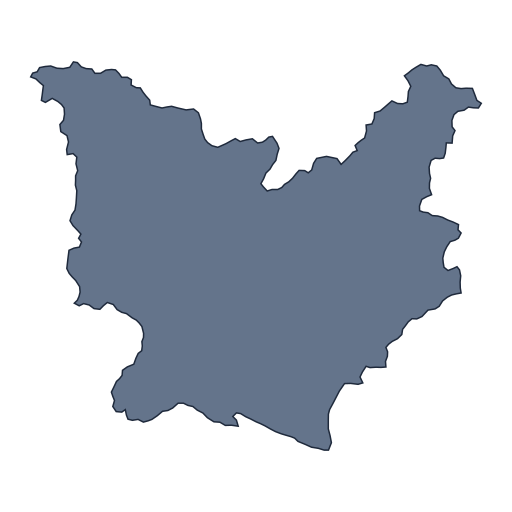 outline of Alfredo Chaves, Espírito Santo, Brazil
{"feature_id": "56859067B34972821288679", "entity_name": "Alfredo Chaves", "entity_type": "district", "adm_level": 2, "iso_a3": "BRA", "parent_name": "Brazil", "parent_adm1": "Espírito Santo", "projection": "orthographic", "projection_center": [-40.823, -20.568], "detail": "fine", "context": "isolated", "style": "filled", "palette": "slate", "viewbox_px": 512, "rotation_deg": 0, "n_neighbors": 0, "source": "geoboundaries", "source_scale": "gbopen_adm2", "svg_char_len": 4230}
<svg xmlns="http://www.w3.org/2000/svg" viewBox="0 0 512 512"><path d="M140.3,87.9L136.3,87.7L131.1,85.0L131.4,79.7L127.4,77.3L121.7,77.3L119.0,73.5L115.5,69.9L111.6,69.5L105.9,70.1L100.5,73.3L94.9,73.3L91.8,69.0L86.1,68.6L81.3,66.9L77.4,62.6L73.4,61.9L69.8,67.3L63.2,68.6L56.9,68.2L50.7,66.0L45.2,66.5L39.6,67.6L37.2,71.8L32.7,73.1L30.7,76.9L35.9,78.9L39.9,82.7L43.4,85.6L42.8,90.0L42.2,94.9L41.4,100.4L45.4,102.4L52.2,98.4L57.9,101.5L61.5,104.5L64.1,108.0L64.5,114.2L63.5,120.3L59.9,124.5L60.8,131.6L67.0,135.6L68.5,142.0L66.6,149.5L67.2,154.6L73.1,153.6L76.8,157.1L76.0,163.8L77.7,170.7L75.6,175.8L75.6,180.3L75.4,185.1L76.8,190.7L76.4,197.9L76.0,203.8L75.0,210.1L71.8,214.9L70.0,220.7L73.0,225.6L77.7,230.5L80.9,234.1L78.6,238.3L81.5,242.0L79.4,247.1L74.0,248.1L69.0,250.3L68.0,258.1L66.8,268.5L69.2,273.4L72.1,276.8L75.7,280.5L79.6,286.6L80.1,292.1L79.0,296.5L77.3,300.3L74.3,303.2L79.2,305.8L83.6,303.6L89.2,305.0L94.0,308.6L99.9,309.3L103.5,305.6L107.3,302.5L113.3,304.5L117.1,309.6L121.7,312.3L126.5,313.6L132.1,317.8L136.3,320.1L139.1,322.9L141.9,326.5L143.6,333.4L143.5,337.5L141.9,341.6L142.3,346.0L141.7,350.7L138.2,353.4L135.9,358.3L133.8,364.2L127.3,366.9L122.5,370.3L122.1,375.4L119.5,378.7L116.5,381.4L113.8,387.2L111.4,392.1L112.8,396.3L114.5,400.5L112.8,406.5L116.2,411.6L121.8,412.1L125.3,409.6L126.4,415.0L128.0,419.2L132.4,420.3L138.1,419.4L143.4,422.1L148.2,420.8L151.9,419.4L157.3,415.7L162.5,411.3L167.9,410.5L172.7,408.0L178.1,403.2L183.5,403.2L187.9,405.4L192.9,406.5L197.2,410.1L202.9,413.0L207.4,417.7L213.9,421.8L219.9,422.2L225.3,425.4L231.3,425.2L238.2,426.2L236.4,420.1L232.8,416.5L236.4,412.9L240.7,413.6L245.7,416.7L250.5,418.9L256.1,421.8L260.4,423.6L264.9,425.8L270.5,429.0L275.5,431.6L281.3,433.8L285.6,435.1L291.1,436.7L294.6,438.1L298.0,441.4L304.6,444.1L311.5,447.2L318.3,448.3L324.1,450.1L328.5,450.1L331.4,442.7L330.1,435.8L328.3,428.9L328.3,420.1L328.4,414.1L329.6,409.6L332.9,403.5L339.4,391.0L344.5,383.6L350.6,383.4L358.1,384.3L362.8,382.9L360.0,377.0L362.4,372.0L366.1,366.3L370.0,367.6L376.1,367.2L380.9,367.4L385.9,367.0L385.5,361.4L387.4,356.3L387.6,351.8L385.9,347.4L388.6,344.2L392.2,341.4L397.5,338.7L401.8,334.5L402.6,329.3L405.3,325.9L408.2,321.9L412.0,318.7L416.8,318.9L422.0,316.5L428.0,310.1L435.1,308.9L439.2,306.3L442.6,300.9L447.3,297.2L451.6,295.0L456.1,293.9L461.1,293.0L460.3,288.1L460.1,282.1L460.7,275.8L459.5,269.9L457.0,266.7L453.2,268.5L448.0,270.5L444.0,267.3L443.2,262.5L442.8,258.1L444.3,251.8L446.8,246.7L450.2,241.6L454.9,240.2L458.4,238.2L461.1,233.0L458.0,229.8L458.5,224.6L453.0,222.0L447.7,220.0L442.6,217.4L437.8,216.0L432.2,215.6L427.9,212.7L423.2,212.1L419.6,210.7L419.5,206.0L421.8,199.4L426.7,196.7L431.6,194.7L429.4,188.4L429.5,182.9L430.6,178.3L429.5,173.5L429.1,167.1L431.1,160.4L435.1,158.2L439.6,158.6L443.6,158.0L445.2,153.3L445.9,147.5L446.3,142.9L452.1,143.1L452.7,135.8L455.0,130.6L452.1,126.8L451.9,120.4L454.0,114.6L457.9,111.3L464.1,110.2L468.4,107.1L473.4,107.8L478.4,108.0L481.3,103.3L476.9,100.4L474.8,94.7L472.4,88.4L466.1,88.2L461.1,88.6L455.9,87.8L451.5,84.0L448.8,78.9L443.6,75.8L440.3,70.2L436.8,66.0L431.3,64.8L426.7,66.0L420.9,64.4L415.6,67.5L411.9,69.9L408.6,72.7L404.4,75.8L407.9,80.6L410.8,86.3L408.4,91.5L408.0,96.8L407.3,102.2L402.8,103.8L397.5,103.5L391.9,100.9L388.4,103.9L384.5,107.3L380.1,111.0L374.6,112.7L374.2,118.6L371.9,124.0L366.1,125.0L366.5,131.0L364.6,138.0L361.3,140.2L358.2,142.6L355.1,145.5L357.2,150.6L352.9,152.2L350.0,155.7L345.2,160.6L341.1,164.4L337.0,158.6L326.5,156.4L316.7,158.4L313.6,163.3L311.7,170.0L308.2,172.8L304.7,170.6L299.1,170.4L296.1,173.7L292.6,178.2L288.8,181.8L284.5,184.4L281.8,187.5L277.7,189.5L272.0,189.5L267.2,191.0L263.4,186.9L260.9,183.7L263.6,178.8L265.9,173.1L270.0,169.1L272.6,164.6L275.9,160.4L277.2,154.2L279.0,148.4L277.0,143.2L272.5,136.4L268.8,137.1L265.7,140.1L262.4,142.2L257.6,143.0L252.4,138.8L246.1,139.9L240.2,141.5L235.3,138.6L231.5,140.6L225.9,143.7L217.8,147.3L211.9,145.7L207.6,142.6L204.8,139.1L203.2,134.6L201.4,129.0L201.4,123.5L200.5,118.9L198.4,112.8L193.6,109.0L186.1,109.9L177.8,108.0L171.6,106.3L166.8,107.0L162.0,108.0L155.1,106.2L150.3,104.9L149.7,100.2L145.8,95.8L143.0,92.2L140.3,87.9Z" fill="#64748b" stroke="#1e293b" stroke-width="1.5"/></svg>